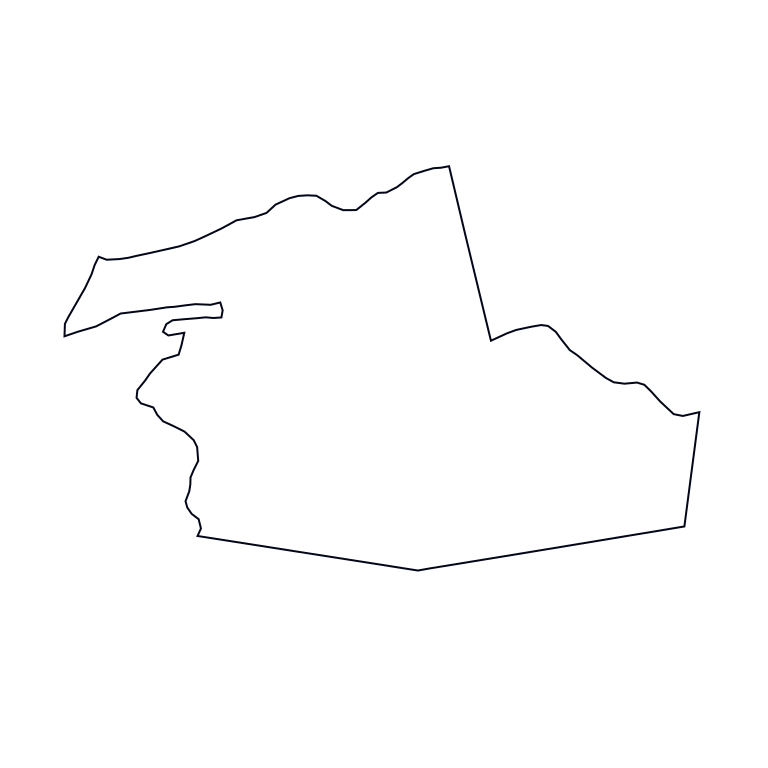 outline of Dom Pedro, Maranhão, Brazil, rotated 78°
{"feature_id": "56859067B19641317147264", "entity_name": "Dom Pedro", "entity_type": "district", "adm_level": 2, "iso_a3": "BRA", "parent_name": "Brazil", "parent_adm1": "Maranhão", "projection": "robinson", "projection_center": [-44.435, -5.022], "detail": "fine", "context": "isolated", "style": "outline", "palette": "ink", "viewbox_px": 768, "rotation_deg": 78, "n_neighbors": 0, "source": "geoboundaries", "source_scale": "gbopen_adm2", "svg_char_len": 1554}
<svg xmlns="http://www.w3.org/2000/svg" viewBox="0 0 768 768"><g transform="rotate(78 384 384)"><path d="M477.1,81.4L477.4,98.3L473.7,106.9L458.5,117.5L446.9,124.2L438.9,129.5L435.2,136.2L433.7,148.7L430.1,158.9L424.4,165.5L411.1,177.2L396.1,188.9L389.5,195.2L377.2,201.3L368.7,205.1L361.3,211.5L359.0,218.0L358.6,228.1L358.6,243.4L360.0,253.1L363.9,270.4L253.3,273.5L184.5,275.1L184.3,283.3L183.2,290.8L183.9,300.6L184.9,311.1L187.6,317.4L190.9,323.6L194.1,330.3L197.2,341.9L195.8,350.2L198.8,357.4L202.8,364.4L208.1,375.0L205.5,387.7L198.9,398.0L192.8,403.3L185.8,411.0L183.5,419.8L182.2,428.8L182.6,437.8L186.0,452.8L192.2,463.3L193.8,475.8L193.2,494.2L198.1,510.6L202.1,527.3L204.8,539.6L206.8,555.8L207.2,585.1L207.2,599.1L207.4,607.8L206.8,616.7L204.8,629.4L200.2,636.6L207.5,642.3L215.8,647.2L228.0,656.5L253.2,679.1L258.8,683.6L270.9,686.6L269.2,672.4L267.8,653.6L262.9,635.9L260.3,627.0L261.6,612.3L262.9,597.5L263.9,580.2L264.9,573.2L265.8,561.5L266.7,551.8L270.5,537.0L270.2,527.2L278.4,526.5L285.1,529.2L284.0,537.0L281.7,544.6L280.7,553.6L279.0,566.7L277.7,577.6L280.2,584.5L287.0,589.3L291.7,584.8L292.4,568.7L304.3,574.2L312.6,578.8L314.1,595.6L325.1,610.7L331.1,617.1L338.7,626.5L346.1,628.9L352.4,625.8L359.0,614.5L367.0,612.2L374.6,607.8L381.6,598.4L389.1,589.0L399.4,581.8L406.8,579.9L420.6,581.7L428.2,587.8L435.2,592.7L441.9,594.3L448.5,596.8L457.4,602.5L464.0,602.1L471.1,599.1L477.7,593.4L487.3,593.1L493.9,598.0L573.5,389.6L573.9,377.6L578.8,274.2L585.8,119.8L477.1,81.4Z" fill="none" stroke="#020617" stroke-width="2"/></g></svg>